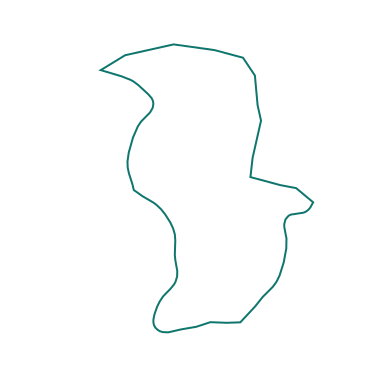 outline of Puñal, Santiago, Dominican Republic, rotated 105°
{"feature_id": "3306468B15896052245603", "entity_name": "Puñal", "entity_type": "district", "adm_level": 2, "iso_a3": "DOM", "parent_name": "Dominican Republic", "parent_adm1": "Santiago", "projection": "robinson", "projection_center": [-70.606, 19.379], "detail": "fine", "context": "isolated", "style": "outline", "palette": "teal", "viewbox_px": 384, "rotation_deg": 105, "n_neighbors": 0, "source": "geoboundaries", "source_scale": "gbopen_adm2", "svg_char_len": 1147}
<svg xmlns="http://www.w3.org/2000/svg" viewBox="0 0 384 384"><g transform="rotate(105 192 192)"><path d="M305.4,111.6L286.2,101.4L275.0,96.5L262.7,89.4L257.0,87.2L250.2,85.8L236.2,85.2L222.2,86.3L212.5,88.7L201.7,93.9L199.0,94.6L194.2,94.6L190.0,92.6L188.2,90.6L183.1,78.9L181.4,76.8L179.2,75.1L176.6,73.8L170.6,72.3L161.3,92.4L162.5,108.6L162.5,139.4L143.4,142.3L105.2,143.8L91.2,151.1L63.2,161.4L49.1,177.5L49.1,206.9L54.2,248.0L77.2,292.0L97.9,311.7L98.5,290.1L99.6,280.3L100.4,277.1L102.6,271.6L108.9,259.6L111.7,255.4L113.7,253.6L116.0,252.4L118.5,251.9L121.1,251.8L126.0,253.1L137.1,259.4L142.7,261.3L154.7,263.1L170.2,263.3L179.3,262.2L185.1,260.4L190.2,257.8L199.7,251.7L205.2,248.7L208.9,238.6L212.3,226.3L213.5,223.3L216.6,217.5L220.5,212.2L227.1,205.0L232.0,200.9L237.4,197.6L243.1,195.6L257.3,192.3L262.5,190.3L272.1,185.8L277.5,184.5L283.1,184.7L285.9,185.4L290.8,187.6L300.3,192.9L305.9,194.8L311.7,196.0L320.2,196.6L325.5,196.2L328.0,195.5L330.4,194.3L332.5,192.3L334.0,189.6L334.8,186.8L334.9,184.0L333.7,178.6L327.4,166.7L321.1,153.0L313.0,140.6L309.4,124.8L305.4,111.6Z" fill="none" stroke="#0f766e" stroke-width="2"/></g></svg>